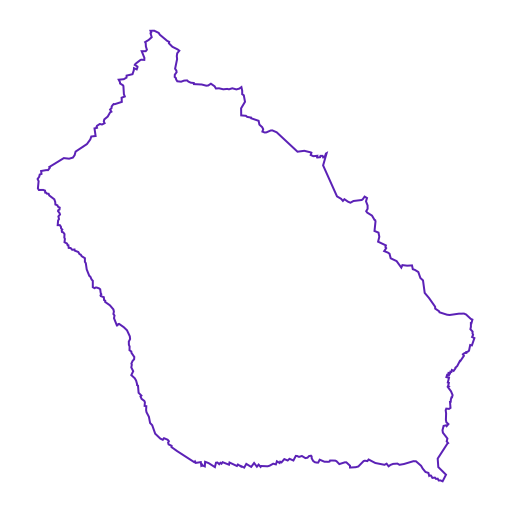 Non Sila, Khon Kaen, Thailand (Albers equal-area conic projection)
{"feature_id": "78962969B89179811023698", "entity_name": "Non Sila", "entity_type": "district", "adm_level": 2, "iso_a3": "THA", "parent_name": "Thailand", "parent_adm1": "Khon Kaen", "projection": "albers", "projection_center": [102.669, 15.978], "detail": "fine", "context": "isolated", "style": "outline", "palette": "violet", "viewbox_px": 512, "rotation_deg": 0, "n_neighbors": 0, "source": "geoboundaries", "source_scale": "gbopen_adm2", "svg_char_len": 5964}
<svg xmlns="http://www.w3.org/2000/svg" viewBox="0 0 512 512"><path d="M150.5,30.8L151.2,32.6L150.5,33.2L151.7,37.2L148.6,40.0L145.1,42.1L145.7,43.2L145.9,46.5L146.9,49.7L145.7,51.2L141.7,51.2L144.4,57.9L144.3,59.9L141.2,59.7L140.3,60.1L135.6,63.7L134.8,64.9L137.5,66.6L137.4,67.6L136.7,69.4L134.0,68.2L133.8,70.3L132.5,74.2L126.6,75.6L126.5,77.6L123.8,79.2L118.7,79.7L120.0,82.2L120.1,83.5L123.0,85.3L123.4,86.0L123.9,94.2L124.8,96.5L121.6,97.7L121.8,101.9L114.7,104.2L113.7,104.0L112.9,104.8L111.7,106.4L111.5,108.2L110.1,109.5L111.4,111.7L110.1,112.4L107.7,116.6L104.3,119.4L103.8,121.4L104.6,123.2L102.0,124.5L99.8,124.0L97.0,125.8L96.6,126.6L97.0,127.8L94.5,128.4L95.6,136.0L91.3,136.5L90.3,139.4L87.0,144.0L75.6,151.6L74.6,155.2L72.9,157.6L69.1,158.7L63.8,158.1L49.3,167.0L49.8,167.8L48.1,170.1L46.3,170.1L41.1,171.0L41.5,173.9L39.7,174.6L39.2,176.8L37.6,179.0L38.6,181.2L37.9,188.4L38.9,190.0L43.1,189.9L45.0,190.6L45.2,192.6L46.2,192.7L46.8,193.6L48.6,193.8L49.2,195.4L54.3,199.3L55.2,201.9L55.4,204.5L57.4,205.3L58.0,206.7L59.7,207.6L59.5,209.5L58.2,210.3L58.0,211.1L59.6,213.2L60.0,214.5L58.4,216.4L59.0,219.1L58.1,220.5L57.7,225.1L59.8,225.1L60.9,226.7L61.1,228.4L62.3,229.6L61.7,230.6L62.0,232.0L63.3,232.4L64.5,234.1L64.3,237.5L64.9,238.9L64.5,242.2L67.1,243.6L67.6,245.2L68.4,245.3L68.7,247.9L70.6,248.0L72.2,249.8L74.5,249.5L74.7,250.6L78.3,252.0L79.5,254.1L80.8,254.7L81.7,256.2L84.9,258.2L84.9,261.8L85.8,263.2L86.7,269.4L89.3,275.9L90.3,276.6L91.6,279.5L92.8,280.8L92.8,287.2L94.6,288.2L95.7,287.5L96.6,287.5L99.1,288.4L100.2,289.3L100.7,293.0L101.3,294.2L100.5,295.3L100.8,296.1L103.8,297.2L104.1,300.1L105.2,300.7L105.2,302.0L109.9,305.3L113.4,309.4L113.9,311.6L113.4,314.0L114.5,315.5L114.0,318.2L116.9,325.5L117.4,325.4L118.4,324.0L119.1,323.9L123.8,327.2L127.0,330.3L129.8,336.3L130.1,339.0L128.8,341.6L128.9,344.8L129.6,346.5L129.5,350.2L131.3,351.5L131.5,352.9L134.3,357.0L134.1,359.3L132.6,360.9L131.4,363.6L131.8,364.8L131.3,367.4L133.2,371.2L131.3,375.1L134.7,378.2L136.1,380.6L137.1,384.2L137.0,385.0L138.0,385.7L138.6,392.8L141.4,395.6L140.5,396.5L141.6,398.9L144.3,400.9L144.9,402.3L144.6,405.9L146.3,406.2L146.1,410.1L146.5,412.2L148.9,416.8L150.1,423.0L152.2,425.2L155.2,433.7L160.3,438.6L162.8,439.8L164.0,438.2L167.6,439.7L168.9,441.2L168.1,442.6L168.6,444.4L171.6,445.8L171.5,447.1L177.1,451.1L194.3,462.2L195.0,461.4L195.8,462.9L200.8,462.1L201.3,465.7L202.2,465.0L202.3,465.8L203.2,465.7L204.8,466.4L205.1,461.8L208.6,463.1L214.9,467.1L216.0,462.7L217.4,462.5L219.2,464.2L220.4,462.8L221.5,463.7L222.6,462.2L229.0,464.7L229.5,462.5L236.9,466.0L237.9,464.5L241.0,466.5L241.1,466.1L244.2,467.6L246.3,463.9L251.2,466.9L254.1,463.0L256.9,466.7L258.6,464.6L260.6,466.9L261.2,466.0L267.6,466.3L269.6,465.7L273.2,463.7L275.9,464.4L276.9,461.3L279.6,463.0L280.2,461.7L281.5,462.4L284.3,459.1L287.7,460.5L289.5,458.8L293.4,460.5L295.8,455.9L297.1,456.0L299.0,456.9L301.9,456.0L305.4,458.1L307.5,457.7L309.0,456.1L311.0,455.7L311.6,456.4L311.7,458.3L313.1,460.9L314.8,462.2L316.8,462.6L318.2,462.6L319.7,459.7L324.4,461.7L328.2,461.8L329.5,461.6L330.1,460.5L335.2,460.6L336.5,461.2L339.3,464.1L344.9,462.3L346.3,462.3L350.0,465.7L350.0,467.5L350.6,467.5L355.7,467.2L358.3,466.5L363.6,461.1L364.9,460.7L367.4,461.1L368.6,459.5L375.3,463.0L384.5,464.8L386.6,463.7L388.6,466.3L390.5,464.9L393.1,463.9L397.4,463.6L399.5,464.8L404.0,464.0L413.4,461.2L416.0,461.3L421.1,465.8L422.7,468.6L425.5,472.0L428.4,472.9L429.2,475.8L429.8,475.4L431.0,475.6L432.4,477.9L434.9,477.6L436.0,478.9L437.7,478.7L438.7,480.5L440.4,480.4L442.6,481.3L446.0,474.7L438.3,467.1L437.7,458.6L447.4,443.6L448.1,443.1L446.7,441.4L447.4,438.5L442.9,432.7L442.5,430.2L443.6,425.9L446.2,425.3L446.7,426.1L448.4,424.1L446.4,422.3L445.9,420.0L446.1,413.5L445.7,410.2L446.3,408.6L449.0,408.9L450.5,407.9L450.0,401.9L450.7,401.8L450.9,399.3L451.5,397.3L452.0,397.3L452.6,395.1L451.0,391.3L447.8,387.0L448.8,386.4L448.1,385.9L448.9,382.9L447.8,382.5L449.0,377.8L446.4,377.1L447.1,374.9L448.9,375.4L449.3,374.5L448.1,374.3L448.5,372.9L450.1,373.2L450.4,371.7L451.4,371.9L451.9,370.0L453.6,370.9L455.5,368.3L455.4,367.7L457.2,366.1L459.9,360.9L460.3,361.1L463.9,355.8L462.9,354.3L464.5,353.1L466.3,352.9L466.2,352.1L467.6,351.8L469.0,350.7L470.2,345.0L471.9,345.4L474.4,338.1L472.1,337.0L473.1,334.8L472.5,333.4L472.6,331.6L470.4,329.2L470.9,326.9L470.9,323.2L471.4,323.3L472.4,319.6L470.8,318.9L466.1,314.5L464.0,313.6L458.7,313.7L449.6,315.0L447.0,314.7L439.5,312.3L439.0,311.2L435.2,308.6L435.1,306.7L429.0,298.0L424.7,292.9L423.0,280.4L420.4,278.0L418.3,272.0L414.9,269.9L412.8,269.2L412.0,265.4L407.2,265.7L402.4,265.1L401.3,267.6L396.6,261.1L390.7,258.3L389.5,253.7L387.9,252.6L384.2,251.1L386.2,248.1L385.4,247.0L385.9,245.4L378.1,241.7L379.3,236.8L378.5,232.6L374.5,231.0L375.5,221.5L375.2,220.2L374.5,219.9L372.0,215.6L367.2,212.6L366.2,211.2L367.6,208.8L367.6,205.5L366.0,201.3L367.0,198.0L364.6,196.6L362.8,199.2L361.7,200.0L353.5,201.0L350.4,202.7L348.0,201.7L344.4,199.2L342.9,200.9L341.1,198.8L337.0,196.4L323.1,165.4L326.6,153.2L325.9,153.6L325.1,156.1L323.2,157.4L322.5,155.9L320.5,155.9L320.1,157.2L317.2,157.5L316.9,156.8L317.2,155.8L313.3,156.2L310.7,155.0L311.4,152.7L310.8,152.4L304.3,150.8L297.5,151.7L276.7,132.3L272.3,130.4L270.7,130.5L266.3,132.4L264.7,132.5L262.4,131.6L263.2,129.2L262.2,127.2L259.4,124.6L258.6,120.8L251.2,118.3L251.1,117.6L247.2,116.9L245.9,115.8L241.2,115.4L241.1,108.3L245.0,101.8L243.8,95.3L242.2,94.2L242.2,90.8L241.4,87.1L239.3,88.6L236.4,89.4L232.3,88.3L229.0,89.3L227.2,88.9L223.3,89.3L219.0,88.3L215.9,88.5L214.6,86.3L210.9,83.7L208.2,85.5L206.3,85.7L201.7,84.5L193.9,84.1L193.8,83.0L190.8,82.7L188.4,81.6L187.1,80.4L184.1,80.6L181.1,81.7L177.3,81.3L176.1,79.4L175.9,78.1L174.7,77.0L174.8,74.7L176.6,72.2L176.4,70.7L175.1,68.7L177.1,59.1L176.8,56.1L177.2,53.3L179.3,50.7L177.6,49.4L172.4,46.8L168.9,43.3L169.2,41.9L167.2,40.9L159.8,34.7L158.7,32.9L154.2,30.7L150.5,30.8Z" fill="none" stroke="#5b21b6" stroke-width="2"/></svg>